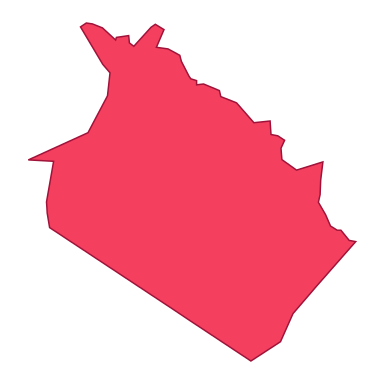 Santa María Totolapilla, Oaxaca, Mexico
{"feature_id": "50627088B43192699457410", "entity_name": "Santa María Totolapilla", "entity_type": "district", "adm_level": 2, "iso_a3": "MEX", "parent_name": "Mexico", "parent_adm1": "Oaxaca", "projection": "robinson", "projection_center": [-95.615, 16.626], "detail": "fine", "context": "isolated", "style": "filled", "palette": "rose", "viewbox_px": 384, "rotation_deg": 0, "n_neighbors": 0, "source": "geoboundaries", "source_scale": "gbopen_adm2", "svg_char_len": 836}
<svg xmlns="http://www.w3.org/2000/svg" viewBox="0 0 384 384"><path d="M80.5,26.9L102.8,64.4L110.0,72.8L107.5,95.8L88.0,132.7L28.3,159.9L53.6,161.3L49.3,186.0L48.4,191.1L46.5,202.0L46.9,207.5L47.2,213.1L49.6,227.6L175.0,310.6L190.5,321.0L234.6,350.2L250.9,361.0L280.5,341.7L293.0,313.6L316.6,286.1L355.7,241.6L349.2,240.4L340.9,230.2L337.2,230.2L330.5,226.0L325.6,214.7L318.4,202.3L320.1,194.6L320.7,180.1L322.9,161.9L296.5,170.1L281.9,159.6L281.0,148.2L284.6,140.3L277.8,135.8L271.0,134.5L270.1,121.0L253.9,122.7L236.6,102.9L220.8,96.6L219.4,90.6L203.6,84.0L196.6,84.8L196.6,80.6L190.8,78.8L189.0,76.2L181.4,61.4L179.8,55.3L168.0,48.9L156.4,47.3L164.0,29.6L155.3,24.3L151.0,27.3L133.8,46.3L129.4,42.9L128.7,35.6L116.4,37.4L115.6,40.0L102.5,27.9L92.4,23.9L86.3,23.0L80.5,26.9Z" fill="#f43f5e" stroke="#9f1239" stroke-width="1.5"/></svg>